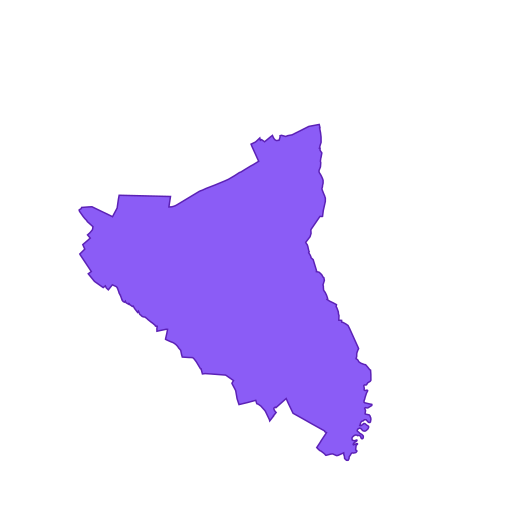 outline of Lazuri, Satu Mare, Romania, rotated 117°
{"feature_id": "2599482B42166201983382", "entity_name": "Lazuri", "entity_type": "district", "adm_level": 2, "iso_a3": "ROU", "parent_name": "Romania", "parent_adm1": "Satu Mare", "projection": "robinson", "projection_center": [22.883, 47.894], "detail": "fine", "context": "isolated", "style": "filled", "palette": "violet", "viewbox_px": 512, "rotation_deg": 117, "n_neighbors": 0, "source": "geoboundaries", "source_scale": "gbopen_adm2", "svg_char_len": 5957}
<svg xmlns="http://www.w3.org/2000/svg" viewBox="0 0 512 512"><g transform="rotate(117 256 256)"><path d="M154.8,308.3L158.6,311.2L159.2,310.4L159.6,310.1L170.4,296.6L175.8,299.9L178.4,301.7L183.9,305.1L187.9,307.5L189.2,308.7L194.1,311.5L200.2,315.4L203.2,317.8L211.4,324.8L218.4,331.1L221.7,333.7L223.3,335.2L224.2,335.9L246.5,349.8L247.8,350.7L249.2,352.0L250.5,353.5L251.0,354.3L251.8,355.9L241.8,359.2L264.0,405.5L267.8,404.4L276.3,401.5L286.1,401.7L286.6,424.5L288.3,427.5L291.9,433.4L292.7,433.3L293.4,433.4L295.1,434.5L295.4,434.4L295.7,434.2L296.4,433.4L299.3,427.9L300.4,425.4L301.2,423.0L301.5,422.5L301.9,422.1L303.9,414.6L306.2,413.8L307.1,413.7L310.9,414.6L313.7,415.7L315.3,411.8L324.5,415.5L327.6,411.7L334.2,413.9L334.8,413.1L344.6,395.7L348.0,397.4L352.0,388.3L353.5,377.8L351.0,376.7L352.4,374.9L353.2,372.2L346.9,370.9L346.7,366.6L346.9,365.9L347.3,365.4L347.2,365.2L350.7,361.5L350.8,361.5L351.3,361.0L352.0,359.9L352.3,359.6L352.4,359.1L352.8,358.9L353.0,358.6L353.8,357.7L355.6,355.8L355.8,355.4L356.0,355.4L356.3,355.0L356.8,353.8L356.9,353.4L356.8,352.1L355.7,351.9L356.0,351.6L356.6,350.6L356.7,350.2L356.8,347.6L356.1,347.8L356.0,347.3L356.5,346.6L356.8,345.6L356.8,344.7L357.1,343.6L357.1,343.2L356.9,343.0L356.4,342.8L357.0,341.7L357.6,340.7L357.8,340.6L360.0,335.9L358.6,335.7L360.6,333.3L360.9,332.5L361.0,331.6L361.3,331.0L361.5,330.0L361.4,328.8L360.9,327.4L360.8,326.5L361.2,325.6L361.2,324.8L361.6,323.8L362.7,318.6L362.6,318.3L363.7,313.9L364.1,313.7L363.9,313.1L363.5,312.1L365.6,311.4L368.0,310.1L362.0,302.7L361.5,301.5L365.2,300.4L371.1,298.9L371.3,298.8L371.3,297.1L371.1,293.1L370.8,290.3L371.2,287.4L371.8,285.6L372.2,284.6L373.0,283.3L374.2,280.3L377.7,277.5L379.5,275.8L376.9,269.7L375.4,266.6L375.4,265.7L375.8,264.4L377.4,261.1L381.6,254.4L381.7,254.0L381.5,253.7L385.4,250.2L383.9,248.0L381.6,242.7L375.9,229.0L377.2,219.5L380.1,219.7L380.3,219.7L380.6,219.4L384.9,213.3L385.8,212.5L391.7,208.1L396.1,203.7L390.3,196.9L384.7,190.7L387.2,188.3L387.1,188.1L387.1,186.2L387.2,185.3L387.3,185.0L387.4,183.8L389.6,178.1L390.2,177.0L395.7,169.8L396.7,168.9L390.6,167.7L390.5,167.9L386.3,167.0L385.6,168.8L384.7,170.1L383.8,170.9L383.0,170.9L381.9,170.2L382.1,169.4L369.3,164.4L372.4,160.6L379.3,151.6L379.7,141.2L380.2,130.3L380.7,116.2L380.8,115.3L381.1,115.1L381.3,115.0L381.4,113.0L391.9,114.2L392.0,114.1L399.1,114.9L399.3,114.2L399.6,113.8L399.7,113.2L400.3,111.3L400.4,110.4L400.3,109.7L400.9,106.3L401.3,104.8L401.9,103.4L401.8,103.1L398.6,99.5L397.6,98.0L397.5,97.4L397.3,93.7L396.9,93.0L396.4,92.4L391.6,88.5L393.2,87.5L393.2,87.4L393.5,87.2L393.8,86.7L396.2,85.1L396.8,83.3L396.9,82.6L396.7,82.0L396.0,81.1L394.3,81.1L393.8,81.4L392.4,81.8L390.3,81.5L389.0,81.5L388.2,81.2L387.7,80.8L387.3,79.6L385.9,77.9L385.1,77.6L384.0,77.5L383.6,78.1L383.6,78.9L383.3,79.3L382.6,79.6L379.3,80.8L378.0,80.3L377.4,80.2L377.2,80.6L377.5,81.2L380.0,83.4L379.9,83.8L379.3,84.0L378.5,83.9L377.5,83.6L375.4,82.4L374.7,82.2L374.2,82.7L374.6,83.2L375.7,84.1L376.1,85.2L376.3,86.0L376.2,86.8L374.9,87.7L374.2,87.9L373.4,87.8L371.8,87.2L370.9,86.6L370.3,86.0L370.0,85.3L369.8,84.6L370.0,84.0L369.3,83.1L369.0,82.4L369.1,81.4L369.5,80.8L370.7,79.4L370.8,78.8L370.4,78.1L369.7,77.9L368.8,78.1L367.8,78.6L367.4,79.2L366.9,80.9L366.9,82.7L366.3,84.6L366.1,86.1L365.6,86.6L364.7,86.7L363.5,86.5L362.3,85.5L362.2,84.6L362.3,83.7L363.1,81.9L363.1,80.9L362.8,79.9L362.4,79.2L361.5,78.6L359.4,77.8L357.9,77.8L357.1,78.0L356.6,78.6L356.4,80.8L356.0,82.2L355.9,82.9L356.1,83.6L356.4,84.0L357.3,84.2L357.6,84.6L359.0,85.1L359.6,85.6L359.9,86.6L359.1,86.6L357.6,87.0L356.4,87.0L355.5,86.9L355.0,86.5L354.2,85.6L352.7,85.1L352.4,84.6L351.9,83.5L352.1,83.0L353.0,80.8L353.1,79.9L352.7,79.0L351.9,78.7L349.3,79.5L348.1,80.3L347.5,81.1L346.8,81.7L346.2,83.0L347.2,86.9L346.8,87.3L344.0,88.2L342.3,90.1L341.4,89.6L340.9,88.0L340.6,87.4L336.7,85.0L336.0,85.1L335.6,85.5L336.2,87.4L337.4,92.4L337.2,93.4L336.6,93.7L335.5,94.1L333.9,94.2L333.1,94.5L328.1,95.3L325.4,95.3L325.1,95.6L325.1,96.2L325.6,96.9L326.3,97.6L326.4,98.5L326.1,98.9L325.6,99.2L325.0,99.3L324.3,99.8L322.8,101.0L322.3,101.1L321.8,100.9L321.4,100.4L321.2,99.8L320.9,99.3L320.3,99.0L319.0,99.0L318.1,98.8L315.9,97.4L314.8,97.2L314.2,97.4L309.4,99.9L305.7,102.1L305.6,103.2L304.3,106.0L303.1,109.0L303.5,110.2L303.9,114.0L303.6,116.3L302.6,117.8L302.3,118.4L302.2,118.8L302.1,120.2L299.7,120.7L297.3,121.9L296.1,122.2L293.6,122.5L292.0,122.5L291.1,123.5L278.3,139.5L276.1,142.5L276.1,142.9L275.8,144.8L275.7,146.7L275.7,148.4L276.0,149.6L274.5,150.5L275.6,153.1L271.4,155.0L270.2,156.2L268.4,157.3L267.9,157.8L265.5,160.4L264.8,161.6L262.8,162.2L262.7,166.0L262.8,170.1L262.5,171.7L262.5,173.0L261.5,172.8L260.7,173.5L258.7,175.6L257.0,177.9L255.8,180.2L253.6,181.6L252.3,182.3L251.3,183.2L246.7,184.0L244.5,185.7L244.3,186.8L242.9,188.8L242.3,190.5L241.8,192.5L242.5,195.1L241.9,195.2L241.2,195.8L233.3,203.4L232.5,206.3L231.8,206.7L230.7,208.0L229.1,210.6L228.1,210.5L227.2,211.5L223.8,214.3L222.6,215.6L222.1,216.7L221.3,217.9L214.3,216.6L210.9,217.2L207.8,219.0L207.2,219.0L191.7,217.0L190.8,215.0L190.5,214.7L184.9,216.7L175.9,219.0L172.9,220.5L172.1,221.4L171.4,222.0L170.1,223.6L167.1,227.0L166.0,227.9L164.6,228.1L163.4,228.5L163.1,228.7L160.6,229.3L158.1,230.6L156.8,231.9L155.2,233.9L154.1,235.5L153.0,237.4L152.0,238.3L150.9,238.7L147.5,239.0L146.9,239.2L143.6,240.6L143.0,241.0L142.6,241.5L142.2,241.7L139.4,242.7L138.7,242.8L134.6,244.0L134.1,244.3L133.4,245.8L132.5,247.1L130.9,247.8L131.2,248.4L128.4,249.1L125.2,249.6L120.4,252.1L116.8,254.5L113.0,257.5L112.7,257.2L110.1,259.4L115.1,265.9L116.6,267.8L131.7,278.9L134.3,282.3L136.0,283.8L136.9,288.1L137.9,289.2L139.2,288.5L140.6,288.3L142.1,287.9L142.7,288.3L142.7,288.7L143.4,289.4L143.7,289.9L143.9,290.3L143.9,291.6L143.7,292.2L143.2,293.4L141.8,295.3L141.1,296.1L143.8,297.4L150.3,300.2L149.8,303.9L150.9,304.6L149.1,306.2L153.4,307.7L154.8,308.3Z" fill="#8b5cf6" stroke="#5b21b6" stroke-width="1.5"/></g></svg>